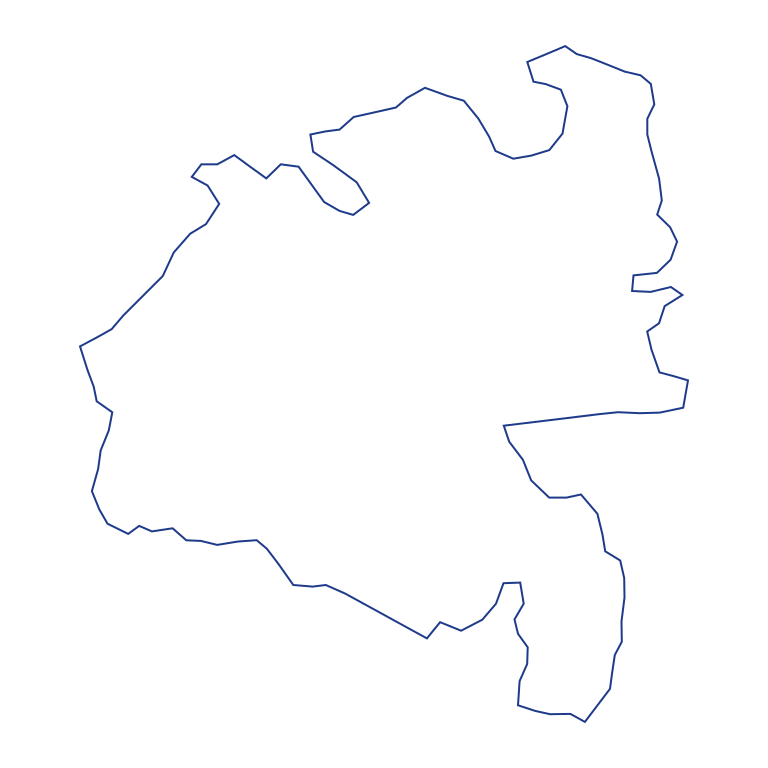 Alto Alegre, Rio Grande do Sul, Brazil
{"feature_id": "56859067B94197304698655", "entity_name": "Alto Alegre", "entity_type": "district", "adm_level": 2, "iso_a3": "BRA", "parent_name": "Brazil", "parent_adm1": "Rio Grande do Sul", "projection": "albers", "projection_center": [-52.981, -28.807], "detail": "fine", "context": "isolated", "style": "outline", "palette": "blue", "viewbox_px": 768, "rotation_deg": 0, "n_neighbors": 0, "source": "geoboundaries", "source_scale": "gbopen_adm2", "svg_char_len": 1844}
<svg xmlns="http://www.w3.org/2000/svg" viewBox="0 0 768 768"><path d="M518.0,705.3L535.2,710.9L550.0,714.2L570.4,713.9L584.9,721.9L610.0,688.8L612.1,673.1L614.8,655.0L621.8,641.8L621.5,621.3L624.5,597.6L624.2,578.0L620.2,560.5L605.2,551.3L602.5,534.7L597.4,513.8L581.0,494.5L566.5,497.6L549.2,497.6L531.2,480.4L522.9,459.8L509.2,441.7L503.8,425.7L599.6,414.1L618.1,412.2L639.6,413.2L659.8,412.6L683.2,407.7L688.0,380.4L673.5,376.1L659.5,372.4L651.5,349.7L647.2,331.5L659.0,323.3L664.7,306.1L682.4,295.0L670.9,287.0L650.7,291.9L632.1,291.0L633.5,275.4L656.9,272.9L670.6,259.7L677.1,241.6L670.1,227.2L657.2,214.6L661.8,200.5L659.1,178.7L651.6,151.7L647.3,134.5L647.3,118.8L654.3,104.4L650.8,83.9L640.6,75.3L624.7,71.6L602.6,62.7L590.8,58.1L576.8,54.1L565.2,46.1L548.0,53.4L527.3,62.0L533.5,81.7L545.8,84.1L560.9,89.7L567.4,106.2L562.5,133.6L549.3,150.1L531.3,155.6L513.3,158.7L495.5,151.0L489.1,136.6L478.3,118.5L463.8,100.7L447.1,95.8L425.0,87.8L407.0,97.9L396.0,107.5L353.7,117.0L339.5,129.6L325.5,131.4L310.4,134.5L313.1,151.7L333.3,165.2L356.7,182.3L369.1,202.9L353.2,214.9L339.5,210.9L324.1,202.0L298.6,166.7L280.8,164.3L266.3,178.4L250.1,166.7L234.3,155.1L217.3,164.3L201.4,164.3L191.8,176.9L207.6,185.5L219.2,203.9L206.0,224.1L190.2,233.7L173.8,252.4L162.8,276.0L144.7,294.1L123.2,315.6L111.7,329.1L98.0,336.8L80.0,346.4L87.5,370.0L93.7,386.6L96.7,401.3L112.3,412.3L108.8,430.4L100.7,450.4L98.1,469.1L91.9,491.2L99.4,509.6L107.5,523.7L128.2,533.9L139.2,525.9L151.9,531.4L172.6,528.3L186.3,540.3L200.8,540.9L217.2,544.9L238.2,541.5L256.7,540.2L266.9,548.8L278.2,563.6L293.3,585.0L312.7,586.6L325.8,585.0L345.2,593.6L426.9,638.4L440.1,622.2L461.1,630.7L482.3,619.7L496.0,603.7L503.5,583.2L520.2,582.6L523.7,603.7L514.5,619.4L518.0,633.8L527.7,647.3L527.2,663.9L519.6,681.1L518.0,705.3Z" fill="none" stroke="#1e3a8a" stroke-width="2"/></svg>